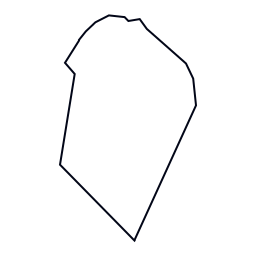 Hammarö, Värmland, Sweden (orthographic projection)
{"feature_id": "70781695B82553413626675", "entity_name": "Hammarö", "entity_type": "district", "adm_level": 2, "iso_a3": "SWE", "parent_name": "Sweden", "parent_adm1": "Värmland", "projection": "orthographic", "projection_center": [13.565, 59.195], "detail": "fine", "context": "isolated", "style": "outline", "palette": "ink", "viewbox_px": 256, "rotation_deg": 0, "n_neighbors": 0, "source": "geoboundaries", "source_scale": "gbopen_adm2", "svg_char_len": 356}
<svg xmlns="http://www.w3.org/2000/svg" viewBox="0 0 256 256"><path d="M134.5,240.6L134.7,240.3L134.7,239.7L196.0,105.4L193.3,79.6L193.2,78.6L186.0,63.5L146.8,28.9L139.7,19.1L128.4,21.0L124.6,17.1L108.9,15.4L95.4,22.3L85.8,31.4L79.0,39.9L79.1,40.2L79.0,40.6L65.0,62.8L74.7,74.0L60.0,164.7L134.5,240.6Z" fill="none" stroke="#020617" stroke-width="2"/></svg>